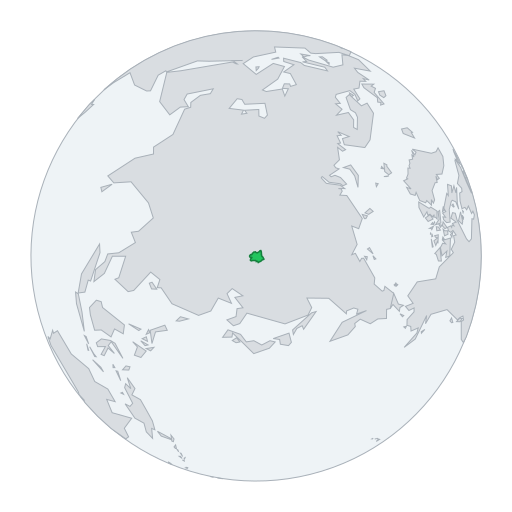 the Earth from above Hentiy, rotated 73°
{"feature_id": "MNG-3315", "entity_name": "Hentiy", "entity_type": "Province", "adm_level": 1, "iso_a3": "MNG", "parent_name": "Mongolia", "parent_adm1": "", "projection": "orthographic", "projection_center": [110.059, 47.757], "detail": "fine", "context": "on_globe", "style": "filled", "palette": "green", "viewbox_px": 512, "rotation_deg": 73, "n_neighbors": 0, "source": "natural_earth", "source_scale": "10m", "svg_char_len": 13639}
<svg xmlns="http://www.w3.org/2000/svg" viewBox="0 0 512 512"><g transform="rotate(73 256 256)"><circle cx="256" cy="256" r="225" fill="#eef3f6" stroke="#a8b0b8"/><path d="M459.3,352.9L459.0,353.6L458.8,354.0L459.3,352.9ZM394.8,78.5L399.4,83.0L395.8,84.1L378.7,78.9L377.9,76.2L373.9,75.7L374.6,79.4L376.0,82.0L363.1,89.0L362.9,105.7L370.3,113.7L362.8,110.2L382.0,128.0L386.7,141.0L376.7,124.7L372.2,121.9L373.1,129.7L368.6,128.6L366.4,131.9L361.0,130.1L355.6,121.2L351.9,120.0L352.8,125.7L347.9,127.8L347.2,119.6L338.5,122.5L327.9,109.4L330.4,90.8L320.0,83.9L310.5,66.3L306.7,67.3L300.8,61.9L294.3,61.1L294.4,58.5L289.1,60.2L290.3,62.8L288.3,64.5L284.6,64.5L284.1,61.0L285.9,60.5L283.8,59.5L285.1,57.8L282.3,58.6L282.1,54.7L276.8,58.5L272.0,55.4L273.4,52.9L280.4,53.2L301.1,49.7L304.6,48.1L302.6,45.0L283.5,38.6L284.4,37.1L280.4,35.1L276.6,35.5L278.4,37.4L270.3,38.3L273.4,41.0L270.6,42.0L270.9,45.2L263.1,44.8L255.3,42.8L254.7,40.2L251.3,39.5L245.6,42.2L238.3,38.4L223.0,37.9L222.0,37.2L231.2,34.5L247.1,33.1L259.1,31.5L243.5,32.8L241.2,31.8L237.5,32.0L233.0,32.4L230.9,33.0L228.4,33.0L243.0,31.2L245.4,31.1L240.8,31.6L248.2,31.1L258.0,30.8L256.9,30.7L273.4,31.4L289.8,33.3L306.0,36.3L322.0,40.6L337.6,46.0L352.7,52.5L367.4,60.2L381.4,68.9L394.8,78.5ZM468.5,195.2L466.8,192.4L467.5,191.4L468.5,195.2ZM465.9,192.7L466.5,193.2L466.1,193.1L465.9,192.7ZM465.8,193.9L465.9,193.0L466.0,194.4L465.8,193.9ZM465.8,196.0L465.7,194.7L465.8,195.0L465.8,196.0ZM465.0,198.3L464.8,198.7L464.5,197.2L465.0,198.3ZM377.4,83.4L375.1,79.6L376.1,76.9L378.5,80.2L377.4,83.4ZM374.7,89.5L372.4,87.1L377.1,87.2L377.0,88.5L374.7,89.5ZM376.7,120.1L375.6,116.0L378.2,120.4L376.7,120.1ZM367.1,132.7L368.8,134.3L367.0,135.4L367.1,132.7ZM275.1,45.3L273.0,45.2L274.1,44.6L275.1,45.3ZM277.2,46.9L279.9,46.2L281.3,46.9L279.6,47.3L277.2,46.9ZM356.9,133.7L353.4,135.2L356.1,132.1L356.9,133.7ZM273.6,47.5L283.4,48.2L285.8,49.5L281.4,52.0L273.6,47.5ZM350.8,135.1L342.4,139.2L345.5,143.0L332.0,135.2L343.6,133.9L346.3,129.4L347.4,133.4L350.8,135.1ZM292.3,63.7L290.8,60.9L295.5,63.3L292.3,63.7ZM295.7,64.8L312.6,70.7L312.8,75.0L307.1,72.0L310.2,78.0L301.9,77.2L298.4,73.8L299.9,71.0L295.6,72.9L295.7,64.8ZM325.8,130.4L323.0,130.3L324.9,128.8L325.8,130.4ZM287.9,65.4L291.3,66.0L291.8,69.8L285.0,69.2L287.1,68.1L287.9,65.4ZM315.0,80.2L314.1,83.0L307.2,83.1L305.9,84.3L301.8,77.6L315.0,80.2ZM285.1,67.3L281.6,68.9L278.0,67.1L284.6,65.0L285.1,67.3ZM294.7,71.1L294.6,72.9L292.5,71.7L294.7,71.1ZM263.3,62.4L267.4,62.7L268.0,64.7L263.3,62.4ZM280.6,69.6L281.8,70.2L282.5,71.1L279.5,71.8L280.6,69.6ZM297.2,78.3L294.5,77.8L298.5,81.0L293.5,81.4L291.7,76.9L290.4,79.0L288.8,79.2L289.0,75.5L297.2,78.3ZM278.6,75.3L274.5,70.2L266.8,68.9L266.1,67.0L278.5,69.5L278.6,75.3ZM284.7,75.7L280.7,75.0L281.8,72.9L285.2,72.1L284.7,75.7ZM290.8,83.4L299.0,83.9L299.1,84.8L290.8,83.4ZM276.1,75.2L277.2,76.5L275.5,75.4L276.1,75.2ZM286.1,81.3L288.9,81.2L289.0,82.3L286.1,81.3ZM276.9,79.2L275.6,77.4L277.8,76.8L276.9,79.2ZM280.9,80.4L280.3,82.0L279.4,77.6L282.2,80.2L280.9,80.4ZM285.7,82.3L286.6,83.0L284.5,82.2L285.7,82.3ZM269.1,82.9L267.4,77.5L272.4,75.9L273.3,81.3L269.1,82.9ZM88.4,105.5L91.7,108.2L85.5,117.2L79.9,139.8L78.0,144.3L71.5,148.4L61.5,177.2L66.8,177.5L64.9,200.3L68.3,212.0L82.4,202.7L76.9,183.2L83.1,173.4L93.2,183.5L99.1,201.3L101.7,198.1L104.0,182.0L111.5,181.7L105.5,176.2L103.4,181.7L99.6,178.6L101.3,173.5L103.9,173.4L103.9,167.3L91.6,169.8L88.1,175.7L84.2,163.8L78.1,172.6L74.9,171.8L84.1,156.7L87.9,154.1L99.9,133.5L95.6,135.0L83.9,154.8L84.8,150.7L78.9,153.7L84.1,148.2L98.0,127.0L98.6,117.0L88.7,115.0L91.3,109.1L98.3,100.5L112.6,92.7L105.2,106.9L110.2,105.0L120.8,96.3L117.7,101.6L121.1,100.0L119.2,105.5L125.5,108.4L125.0,113.7L136.1,110.7L137.4,113.3L130.4,114.2L125.3,117.9L124.9,132.1L127.4,133.7L134.7,130.8L133.7,135.4L140.8,130.8L144.9,137.9L145.8,125.7L154.4,122.8L161.6,125.1L164.6,122.2L152.9,118.4L148.1,119.0L143.7,122.9L130.7,123.5L128.9,119.6L143.2,111.3L142.3,105.1L153.8,101.9L178.3,113.0L184.1,120.2L175.4,139.0L169.0,139.0L169.0,132.0L161.0,141.5L165.5,139.2L164.7,143.3L172.7,142.1L172.4,145.0L180.5,139.2L181.1,142.6L176.0,146.2L188.4,148.1L192.0,154.9L194.9,154.0L197.0,151.1L200.3,162.1L202.2,161.0L201.9,156.9L205.7,152.2L213.7,148.3L214.3,152.3L211.6,154.2L206.8,164.6L199.3,169.5L200.4,170.8L207.1,167.5L212.9,154.8L217.5,151.4L215.6,157.5L216.7,155.0L219.2,154.6L222.3,158.0L224.7,151.5L251.2,143.4L259.9,149.8L255.3,155.7L274.5,155.9L282.8,164.1L282.5,160.2L291.6,158.3L289.1,155.7L289.6,153.7L311.7,148.8L317.4,151.2L326.5,145.6L326.4,143.8L322.7,141.6L332.0,135.2L345.5,143.0L345.2,146.7L353.9,149.5L351.8,157.9L354.2,166.5L346.9,174.8L349.4,181.3L352.5,181.7L358.3,191.2L359.2,210.2L344.6,193.0L340.5,166.3L340.9,176.8L336.7,174.1L334.3,177.7L335.0,185.4L337.7,186.5L317.7,198.8L311.1,219.6L321.6,217.8L327.7,223.5L329.4,248.1L308.0,281.4L315.9,291.3L316.1,298.0L308.6,302.5L308.1,292.8L300.8,289.5L301.7,283.6L289.4,288.3L290.2,280.2L280.2,288.3L283.5,294.7L294.1,293.3L285.2,304.4L295.4,315.3L296.0,328.3L277.1,350.3L258.7,356.0L257.4,359.7L250.4,354.8L240.6,361.4L253.2,383.0L252.7,388.7L237.0,397.7L236.7,393.6L218.1,380.7L214.2,393.4L228.3,406.1L233.1,418.5L222.1,413.4L217.2,402.2L210.7,397.2L212.8,386.3L207.9,367.4L196.8,368.3L198.0,361.1L189.6,343.1L173.8,343.3L148.5,353.8L144.5,370.6L136.1,374.3L127.1,343.1L128.5,324.2L121.9,322.1L115.5,299.9L94.7,281.3L94.7,275.0L90.1,273.4L86.1,262.2L87.4,252.2L83.6,248.0L81.0,274.5L85.4,279.1L93.4,277.1L91.5,284.9L95.8,297.2L80.2,303.0L54.3,287.6L56.9,273.6L63.6,221.8L66.2,219.1L66.5,218.7L66.9,217.7L62.3,221.1L65.1,211.6L56.0,244.0L52.3,255.0L53.8,287.8L52.5,288.1L54.5,296.7L67.2,308.6L66.2,312.4L57.0,322.1L43.9,322.9L48.6,341.5L52.6,352.9L52.2,352.1L45.8,336.9L40.4,321.3L36.2,305.4L33.2,289.1L31.3,272.7L30.7,256.2L31.3,239.8L33.1,223.4L36.1,207.1L40.3,191.2L45.6,175.5L52.0,160.4L59.6,145.7L68.2,131.6L77.8,118.2L88.4,105.5ZM83.0,112.7L81.0,114.7L83.0,112.7ZM100.1,228.0L107.0,238.5L112.9,225.3L116.1,228.4L116.9,223.0L113.3,224.3L116.7,210.5L123.0,212.3L126.8,207.6L124.6,203.9L112.6,202.8L107.6,222.4L102.2,223.7L100.1,228.0ZM240.3,31.9L239.1,32.0L234.6,32.4L236.7,32.1L240.3,31.9ZM214.5,36.4L211.1,36.3L215.0,35.9L217.3,35.1L228.4,33.7L222.0,36.8L222.9,35.5L214.5,36.4ZM241.4,33.3L235.1,33.4L242.3,33.2L241.4,33.3ZM141.9,87.5L138.3,90.6L134.7,90.8L135.4,85.3L140.7,84.9L141.9,87.5ZM134.1,95.2L148.0,89.1L148.1,92.7L145.7,91.6L144.4,94.6L140.1,93.7L126.6,103.6L122.5,104.5L126.1,93.1L127.2,96.2L130.6,92.7L134.1,95.2ZM183.5,71.4L189.5,69.9L181.9,79.4L177.1,79.7L177.6,73.9L183.5,70.2L183.5,71.4ZM263.9,52.4L266.8,52.1L266.9,52.9L264.6,53.9L263.9,52.4ZM265.2,62.4L251.9,55.3L254.4,54.4L243.5,51.9L246.0,48.6L253.0,50.3L246.7,46.2L254.0,46.4L249.0,44.1L264.2,48.0L270.5,48.4L262.6,49.1L260.1,52.0L260.9,53.3L268.0,57.6L280.3,60.4L279.8,64.0L276.2,65.9L273.2,65.8L274.4,63.4L269.5,65.0L269.0,61.5L265.2,62.4ZM234.4,91.9L237.2,88.1L227.2,92.8L226.6,88.4L225.5,89.3L222.2,86.7L216.3,85.0L217.1,83.0L214.5,83.3L212.3,81.7L208.9,81.5L209.2,77.9L205.1,77.4L207.5,76.0L200.4,76.3L205.8,74.5L203.5,72.6L199.5,75.3L209.0,58.3L208.9,53.3L205.8,50.3L215.5,48.2L224.6,50.0L232.0,54.2L230.7,59.7L235.3,58.0L236.1,60.2L232.2,60.6L238.7,61.3L238.3,63.3L244.9,68.5L254.6,68.8L257.3,70.9L253.3,71.8L258.7,73.3L252.9,76.5L254.7,78.2L250.8,83.2L242.0,84.3L244.6,86.1L241.8,90.3L234.4,91.9ZM267.7,84.2L257.3,86.0L251.9,84.6L261.1,76.5L260.3,74.6L265.9,69.8L273.6,72.0L271.3,73.1L270.8,74.7L268.6,73.4L270.0,75.7L266.9,77.4L267.1,79.7L263.7,79.6L267.7,84.2ZM80.3,145.4L79.6,148.2L79.6,151.9L75.9,154.1L80.3,145.4ZM89.5,130.8L89.6,132.6L84.2,137.0L84.9,134.3L89.5,130.8ZM94.1,130.1L90.0,132.4L92.6,129.5L94.1,130.1ZM130.9,115.8L131.5,117.8L129.8,118.9L127.4,118.9L130.9,115.8ZM204.7,106.6L207.1,104.2L208.4,104.7L216.1,102.0L217.1,105.3L212.9,108.2L204.7,106.6ZM78.8,201.6L75.2,200.8L75.9,197.7L77.0,198.6L78.8,201.6ZM73.4,176.2L72.5,183.7L72.4,176.7L73.4,176.2ZM207.1,109.7L210.1,108.2L208.8,110.8L207.1,109.7ZM218.3,107.6L217.4,110.5L218.2,105.4L218.3,107.6ZM62.0,370.6L59.0,364.4L62.9,369.0L63.6,367.0L68.5,377.2L72.4,386.6L62.0,370.6ZM290.4,443.6L297.3,443.6L297.0,444.2L290.4,443.6ZM283.3,442.0L291.1,441.7L281.9,443.4L283.3,442.0ZM294.1,441.6L302.1,439.7L305.6,438.3L305.0,439.6L294.1,441.6ZM277.9,442.2L249.1,441.6L237.7,439.1L240.3,437.0L258.7,438.8L277.9,442.2ZM239.4,436.9L222.1,428.1L198.8,402.1L207.2,404.2L231.6,421.5L230.0,423.5L240.5,430.2L239.4,436.9ZM281.5,425.6L279.8,432.0L263.9,431.6L256.6,430.3L251.6,421.6L254.4,417.4L260.4,417.8L283.5,402.0L291.6,405.7L284.4,412.6L291.0,418.3L281.5,425.6ZM145.3,372.6L149.5,384.6L145.0,384.3L145.3,372.6ZM293.0,389.9L283.6,397.7L292.3,387.4L293.0,389.9ZM298.3,380.0L298.8,383.9L295.0,380.3L298.3,380.0ZM257.0,365.5L250.8,366.0L250.7,363.1L258.7,360.6L257.0,365.5ZM296.4,339.1L296.0,348.2L294.7,351.3L292.0,346.0L296.4,339.1ZM220.2,138.4L208.3,138.2L200.4,140.9L197.0,146.5L196.6,138.8L208.8,134.6L220.2,138.4ZM247.3,142.2L250.2,137.7L252.4,140.0L252.0,141.4L247.3,142.2ZM246.6,139.2L243.8,133.2L247.6,130.9L249.1,136.1L246.6,139.2ZM224.9,120.6L221.3,120.2L222.6,118.0L224.9,120.6ZM346.3,462.4L343.7,462.9L338.9,465.0L344.1,462.2L336.8,465.7L333.8,465.7L325.7,467.6L281.6,478.2L272.1,478.5L275.1,477.1L267.6,472.2L270.7,472.2L269.4,467.7L295.7,461.3L314.8,448.9L328.9,446.9L339.9,436.6L354.1,433.3L349.5,440.7L363.8,439.4L374.8,422.3L382.2,432.3L391.7,430.7L392.8,434.0L378.6,445.0L362.8,454.4L346.3,462.4ZM427.1,400.2L428.8,398.7L431.1,397.1L428.4,399.9L427.1,400.2ZM454.8,361.9L455.2,361.3L453.5,364.3L454.8,361.9ZM458.8,354.0L456.9,357.8L459.3,352.9L458.8,354.0ZM438.0,384.5L438.8,384.2L438.0,385.2L438.0,384.5ZM437.4,385.0L438.7,382.7L438.3,384.0L437.4,385.0ZM429.5,386.1L430.7,384.4L431.2,384.5L429.5,386.1ZM307.4,442.6L317.0,436.9L322.2,435.7L307.4,442.6ZM428.0,385.8L425.1,388.0L425.4,386.9L428.0,385.8ZM428.3,383.8L428.1,382.8L429.7,384.1L428.3,383.8ZM422.8,385.3L426.3,384.8L422.4,385.9L422.8,385.3ZM420.7,387.2L418.1,388.0L418.3,387.5L420.7,387.2ZM390.4,406.2L400.2,408.2L392.1,412.3L383.1,412.0L375.7,419.2L359.1,424.4L363.0,420.5L360.8,417.0L343.5,420.1L340.0,418.0L346.3,414.5L334.7,414.7L347.4,410.5L352.5,415.3L359.6,408.5L371.7,405.8L383.4,403.3L392.6,403.5L390.4,406.2ZM347.3,423.6L349.5,423.1L347.5,425.3L347.3,423.6ZM413.1,388.1L416.9,388.4L416.4,389.4L414.6,390.2L413.1,388.1ZM394.8,401.5L404.8,391.6L407.1,390.4L400.5,399.3L394.8,401.5ZM402.4,389.7L407.0,387.9L409.4,389.3L408.4,390.6L402.4,389.7ZM321.5,423.6L321.0,425.3L317.7,424.5L321.5,423.6ZM325.8,421.9L335.7,421.8L324.9,423.4L325.8,421.9ZM295.6,419.5L298.5,423.5L307.8,419.9L300.7,424.4L306.9,430.3L304.8,432.9L298.6,426.5L296.4,433.9L292.3,434.1L290.1,428.1L294.2,419.9L298.3,416.3L315.0,413.2L295.6,419.5ZM325.8,416.9L323.1,412.5L325.1,408.9L327.9,411.0L325.8,416.9ZM315.3,401.3L308.3,396.0L301.9,399.0L314.8,388.8L319.4,395.7L315.3,401.3ZM309.3,388.3L303.4,391.0L309.5,385.2L309.3,388.3ZM301.8,389.0L301.2,384.5L305.9,384.7L301.8,389.0ZM312.4,388.1L313.5,380.3L315.9,384.5L312.4,388.1ZM299.2,374.3L309.3,381.1L296.1,378.9L295.5,363.4L301.1,362.6L299.2,374.3ZM329.9,303.4L328.5,298.5L333.5,296.5L333.1,300.4L329.9,303.4ZM348.7,286.7L334.4,294.4L322.8,300.9L326.5,302.7L324.0,311.7L318.4,304.4L326.4,293.7L335.3,290.4L336.4,282.8L342.8,276.5L341.1,267.4L343.8,262.8L348.1,270.2L348.7,286.7ZM340.0,263.7L339.4,247.0L348.9,247.4L351.2,251.1L347.5,258.5L342.7,257.8L340.0,263.7ZM342.0,243.2L337.4,242.6L326.6,219.4L326.7,214.8L340.0,231.9L336.2,232.2L337.2,238.1L342.0,243.2ZM324.0,132.4L323.1,130.5L325.5,131.7L324.0,132.4ZM288.0,152.3L289.2,149.8L292.0,151.2L288.0,152.3ZM293.9,143.9L289.9,144.1L293.8,142.2L293.9,143.9ZM281.2,145.0L288.2,143.4L281.9,147.4L281.2,145.0Z" fill="#d9dde1" stroke="#a8b0b8" stroke-width="1"/><path d="M252.2,249.8L252.3,249.8L252.6,249.7L252.9,249.8L253.1,249.7L253.4,249.8L253.7,249.7L254.0,249.8L254.3,249.9L254.5,249.9L254.5,250.0L255.2,250.1L255.3,250.1L255.6,250.3L256.3,250.5L256.5,250.4L256.7,250.2L256.8,250.2L257.0,250.3L257.4,250.5L257.5,250.6L258.0,250.5L258.3,250.3L258.8,249.9L259.1,249.8L259.2,249.7L259.3,249.7L259.5,249.7L260.0,249.6L261.0,249.4L261.3,249.3L261.5,249.6L261.4,249.7L261.4,249.8L261.4,250.0L261.5,250.5L261.6,250.8L261.6,251.0L261.6,251.4L261.7,251.6L262.2,252.5L262.4,252.9L262.5,253.1L262.5,253.3L262.5,253.5L262.4,254.0L262.5,254.6L262.7,254.9L262.7,255.0L262.8,255.2L262.9,255.7L262.7,255.7L262.7,255.8L261.7,256.1L261.5,256.3L261.4,256.4L261.4,256.5L261.3,256.9L261.3,257.0L261.4,257.4L261.1,257.4L260.7,257.3L260.4,257.5L260.1,257.9L260.0,258.0L259.9,258.2L259.9,259.0L259.8,259.3L259.6,259.6L259.4,260.1L259.3,260.4L259.3,260.7L259.3,260.8L259.4,261.2L259.4,261.3L259.4,261.5L259.2,261.7L259.2,261.8L259.2,262.0L258.7,262.5L258.3,262.6L258.2,262.5L257.6,262.2L257.3,262.0L257.3,261.8L257.2,261.6L257.1,261.4L256.6,260.9L256.5,260.7L256.4,260.5L256.3,260.4L256.1,260.4L256.0,260.5L256.0,260.9L256.0,261.0L255.9,261.5L255.4,262.0L255.1,262.2L254.5,262.2L254.2,262.2L253.8,261.9L253.7,261.8L253.7,261.7L253.5,261.4L253.3,261.1L253.2,261.0L253.2,260.9L253.1,260.7L253.4,260.2L253.5,259.9L253.5,259.7L253.4,259.5L253.2,259.5L253.1,259.4L253.1,259.2L252.7,258.9L252.4,258.7L252.3,258.3L252.2,258.0L252.1,257.9L252.0,257.6L251.8,257.4L251.7,257.2L251.6,256.9L251.7,256.7L251.7,256.4L251.8,256.2L251.9,255.9L251.8,255.7L251.8,255.4L252.0,255.3L252.2,255.2L252.3,255.2L252.5,255.0L252.7,254.9L252.8,254.8L252.9,254.7L253.0,254.6L253.0,254.4L253.1,254.2L253.3,254.0L253.3,253.9L253.3,253.7L253.3,253.4L253.2,253.2L253.1,252.9L253.0,252.4L252.9,252.1L252.9,251.9L252.8,251.6L252.7,251.4L252.6,251.2L252.3,250.9L252.2,250.8L252.1,250.7L252.1,250.2L252.2,249.8Z" fill="#22c55e" stroke="#15803d" stroke-width="1.5"/></g></svg>